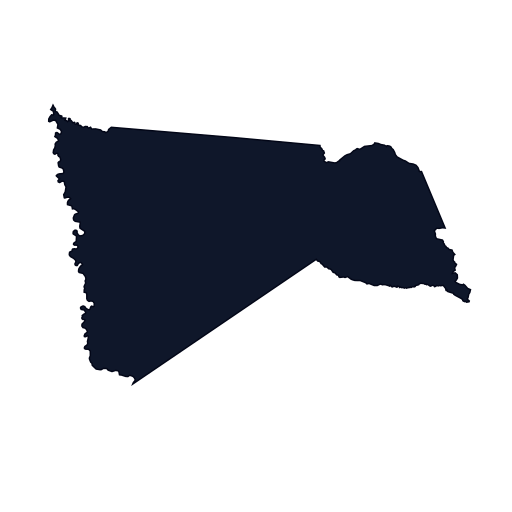 the district of Loncopué, Neuquén, Argentina, rotated 184°
{"feature_id": "61730980B52932124932957", "entity_name": "Loncopué", "entity_type": "district", "adm_level": 2, "iso_a3": "ARG", "parent_name": "Argentina", "parent_adm1": "Neuquén", "projection": "robinson", "projection_center": [-70.351, -38.002], "detail": "fine", "context": "isolated", "style": "filled", "palette": "ink", "viewbox_px": 512, "rotation_deg": 184, "n_neighbors": 0, "source": "geoboundaries", "source_scale": "gbopen_adm2", "svg_char_len": 6069}
<svg xmlns="http://www.w3.org/2000/svg" viewBox="0 0 512 512"><g transform="rotate(184 256 256)"><path d="M40.3,225.2L40.1,226.0L41.9,227.4L42.2,228.1L41.6,229.2L41.1,232.9L40.2,234.4L39.7,237.4L42.6,238.4L45.6,241.4L47.1,242.3L47.8,241.6L50.8,241.9L54.8,243.6L55.7,244.6L54.5,246.0L53.5,248.1L53.9,251.3L56.1,253.1L58.9,252.3L58.2,254.3L56.3,255.8L57.0,257.7L56.7,259.1L56.2,259.4L56.1,260.1L55.4,261.3L55.4,261.7L57.0,262.7L57.5,263.9L58.3,264.3L59.2,265.9L58.9,270.5L57.8,271.4L59.9,273.4L60.9,275.6L63.9,276.0L65.0,277.2L66.6,277.7L67.2,278.8L68.4,279.5L69.0,281.0L70.3,282.5L70.1,283.4L71.1,284.9L77.1,285.8L78.1,287.4L78.8,289.8L78.5,290.3L79.8,293.4L79.8,294.1L78.8,294.7L78.1,296.0L77.4,296.4L75.3,296.3L71.9,297.2L69.3,297.1L96.8,351.8L98.3,351.6L99.0,352.0L100.6,355.5L102.7,357.7L105.6,358.7L109.9,359.1L113.6,361.2L115.9,361.8L122.2,364.7L124.1,366.9L124.9,369.0L126.6,371.7L128.0,372.7L129.1,374.3L130.3,374.9L132.5,375.2L133.4,374.9L133.5,374.3L135.6,375.5L139.2,375.9L141.9,376.8L145.4,377.1L145.8,376.0L147.9,374.3L155.4,372.9L159.8,369.6L162.5,370.2L163.3,369.7L163.9,368.9L165.9,367.8L168.9,364.6L172.2,363.4L174.3,362.1L179.2,357.5L179.3,356.7L179.8,356.7L182.2,354.7L184.0,354.3L190.3,355.0L192.5,354.0L194.8,355.5L195.0,356.6L193.8,357.7L194.4,359.2L196.1,361.0L196.2,361.8L195.0,363.5L195.9,365.6L197.0,365.8L197.8,367.5L199.7,369.2L199.9,370.7L286.1,372.6L409.3,374.3L411.8,372.0L412.3,369.9L414.5,368.5L415.5,369.4L417.9,369.4L419.8,370.9L424.8,371.6L428.8,371.2L430.0,372.9L431.7,372.0L432.6,372.2L433.3,373.3L435.4,373.3L437.0,372.3L438.8,372.7L440.0,373.9L442.5,374.3L442.8,374.7L442.5,375.5L442.8,376.2L443.7,376.4L444.4,375.0L445.0,374.8L445.8,375.1L446.1,376.5L446.5,376.7L447.9,376.1L448.2,376.3L449.5,377.9L450.9,379.0L451.1,380.0L451.7,380.2L452.5,380.1L452.7,379.6L451.9,377.9L452.9,377.7L453.4,376.9L454.6,377.8L455.9,378.0L455.4,380.3L460.1,380.2L460.4,380.7L459.4,381.6L459.6,382.1L462.2,382.6L464.4,385.7L465.9,386.1L466.4,387.0L466.2,388.5L467.7,390.4L468.6,390.8L468.6,391.7L469.0,392.3L469.9,389.7L471.0,387.8L468.2,386.2L467.6,383.0L468.1,382.5L469.7,382.6L471.2,380.6L472.3,378.2L472.2,375.9L471.1,375.5L467.9,377.3L465.4,377.3L462.7,373.4L463.1,369.9L460.3,368.8L458.8,367.0L458.9,364.8L459.8,363.7L460.4,363.6L462.9,365.2L463.9,365.2L464.5,364.7L464.5,362.5L465.0,361.1L462.5,359.7L461.3,358.2L461.0,357.0L463.2,355.5L464.2,353.6L463.9,352.4L464.2,349.9L465.3,347.7L465.5,344.9L464.8,343.9L463.7,343.5L462.4,344.5L461.1,344.5L460.6,343.8L460.6,342.7L459.8,341.7L458.3,340.8L457.5,338.3L458.4,336.3L459.4,336.1L459.9,335.2L459.2,332.2L458.5,331.0L455.7,330.3L454.3,329.3L453.4,326.2L454.3,324.8L458.0,324.2L459.5,323.6L460.8,322.3L460.7,321.9L457.4,319.2L458.8,317.3L458.4,316.1L457.0,315.6L454.6,317.2L452.5,317.0L451.7,313.8L450.3,311.7L450.8,306.5L452.1,303.8L451.3,300.7L450.8,300.5L448.6,301.4L446.6,301.6L444.9,300.3L445.1,299.7L446.3,299.1L447.4,297.6L447.8,295.9L447.6,294.1L443.8,293.3L443.1,292.9L442.4,290.2L441.1,290.5L439.7,290.0L436.1,287.7L436.4,286.3L439.2,285.1L439.9,284.4L440.9,281.2L440.4,279.2L438.8,278.0L433.9,277.5L433.6,276.5L433.9,273.4L433.5,271.5L428.8,268.8L428.4,268.2L428.5,266.5L429.4,265.2L430.6,264.3L433.2,263.7L434.9,264.8L436.2,266.9L436.2,268.3L436.8,269.0L438.3,269.2L439.9,267.8L440.1,266.0L439.8,265.2L436.8,263.6L436.4,262.8L436.4,257.9L438.3,256.5L438.8,255.7L438.8,254.8L437.9,254.2L435.3,254.3L434.4,253.4L434.1,252.4L434.6,251.4L435.8,250.3L437.3,250.6L439.3,250.2L439.7,249.7L439.8,248.2L442.2,246.8L442.4,244.7L442.1,243.7L441.0,242.5L437.7,240.9L435.7,239.2L435.2,237.8L436.1,235.4L435.6,234.3L434.7,233.9L433.6,234.1L432.8,235.9L431.4,237.2L430.0,237.2L428.6,235.9L428.4,235.2L429.6,234.4L431.0,232.5L431.9,230.6L432.0,228.9L431.9,228.0L431.2,227.2L427.3,226.6L424.7,223.5L424.0,221.1L424.7,219.2L424.0,217.1L425.3,213.8L425.3,213.2L424.6,211.6L425.0,210.3L424.9,207.9L422.7,207.5L422.1,205.7L421.8,201.6L421.1,200.1L419.4,199.1L417.4,199.7L415.2,199.2L414.0,197.4L414.0,194.6L414.7,194.1L416.6,194.5L417.3,193.6L417.9,191.3L418.5,190.8L419.9,190.8L422.3,192.2L423.3,193.6L425.0,194.1L426.9,193.1L427.4,192.3L427.3,191.5L426.7,190.5L423.5,190.1L422.0,187.9L422.1,186.7L423.5,186.1L425.2,184.5L424.9,183.6L425.4,182.2L425.2,181.3L424.2,180.6L422.8,180.7L422.0,180.1L422.7,178.4L424.8,175.9L424.8,174.0L423.6,172.5L421.9,172.3L420.5,171.5L419.2,169.7L418.9,168.3L421.2,166.3L421.8,164.3L421.5,163.6L420.3,163.6L418.5,164.8L417.8,164.1L417.6,162.5L418.2,159.0L417.7,157.1L418.4,155.4L420.4,153.8L420.8,152.5L420.6,151.7L419.5,151.2L416.4,151.3L414.7,149.6L414.3,145.0L415.1,142.5L414.8,141.3L413.5,138.6L412.2,137.6L411.7,135.5L407.6,132.1L403.7,131.7L402.5,131.8L400.5,133.2L397.1,133.4L395.5,131.8L391.6,130.7L388.0,132.1L385.4,131.8L384.7,131.1L383.9,128.0L383.5,127.9L382.0,127.9L377.6,126.8L375.4,126.8L373.7,128.2L371.8,127.8L370.3,127.3L369.0,126.2L367.8,124.1L367.9,123.5L369.5,121.2L370.0,119.7L195.7,256.9L194.1,255.3L191.9,254.9L190.5,253.0L189.4,252.5L186.7,249.8L184.6,250.0L182.5,248.3L181.0,248.2L179.9,247.6L177.9,245.1L176.0,244.7L174.1,242.8L172.3,242.5L171.8,241.0L170.9,240.5L167.2,241.2L165.7,240.8L163.2,241.9L159.5,239.5L158.0,239.0L155.6,238.5L150.3,238.8L144.7,237.0L143.4,235.9L141.3,236.5L136.0,234.8L133.0,235.0L130.1,236.7L127.6,236.1L126.7,236.4L124.8,236.4L121.4,235.6L120.5,236.1L120.5,235.4L119.5,235.8L118.5,234.8L117.6,234.7L116.8,235.3L115.5,235.4L113.3,234.7L112.8,235.0L112.8,235.9L110.7,235.4L110.6,234.8L110.1,235.2L108.8,234.6L107.0,234.8L105.8,234.3L104.2,234.9L103.5,234.4L101.7,235.3L101.2,235.0L100.3,235.7L99.6,235.8L99.2,235.4L97.5,236.4L96.1,236.2L95.1,236.7L95.1,237.5L91.7,238.7L91.1,239.7L89.6,240.3L86.5,240.2L85.5,239.6L84.2,239.8L83.9,239.3L82.6,239.6L80.4,238.2L79.7,238.1L78.0,239.1L77.2,239.1L76.1,238.5L75.8,237.9L74.6,238.3L73.8,239.2L72.0,238.9L70.9,239.4L69.8,239.2L67.2,239.8L64.6,236.9L64.0,235.0L63.0,235.2L62.9,234.4L62.1,233.9L56.2,232.5L56.1,231.7L54.5,230.7L48.0,227.8L46.7,226.7L46.6,226.0L46.2,225.6L44.5,225.0L43.8,225.4L42.7,224.6L40.3,225.2Z" fill="#0f172a" stroke="#020617" stroke-width="1.5"/></g></svg>